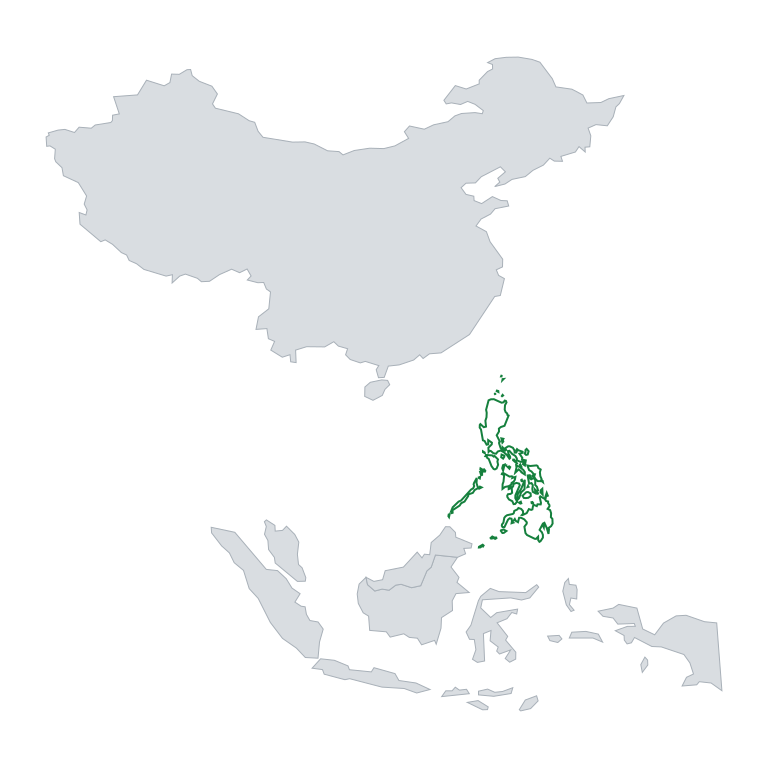 map of Philippines with Indonesia, China and Malaysia greyed out
{"feature_id": "PHL", "entity_name": "Philippines", "entity_type": "country or territory", "adm_level": 0, "iso_a3": "PHL", "parent_name": "Asia", "parent_adm1": "", "projection": "albers", "projection_center": [122.681, 12.951], "detail": "fine", "context": "with_neighbors", "style": "outline", "palette": "green", "viewbox_px": 768, "rotation_deg": 0, "n_neighbors": 3, "source": "natural_earth", "source_scale": "50m", "svg_char_len": 12211}
<svg xmlns="http://www.w3.org/2000/svg" viewBox="0 0 768 768"><path d="M716.7,622.9L721.9,690.7L711.1,683.0L699.3,681.7L696.7,684.8L682.1,686.0L686.5,677.3L693.5,674.0L689.9,662.9L683.9,654.5L661.3,646.9L651.9,646.5L634.5,637.5L631.4,642.8L627.1,643.9L624.3,640.1L624.1,635.5L615.3,630.7L627.3,626.4L635.3,626.3L634.3,623.5L617.8,624.1L613.1,618.0L603.0,616.3L598.1,611.2L613.1,608.1L618.7,604.4L636.9,608.1L642.7,629.0L654.7,634.8L663.5,623.1L676.1,615.9L686.1,615.3L704.5,621.7L716.7,622.9ZM536.6,695.8L538.1,700.9L530.6,708.6L520.7,710.9L519.3,709.7L525.3,700.0L536.6,695.8ZM642.3,672.4L640.8,664.6L644.9,657.1L647.6,660.1L647.8,665.0L642.3,672.4ZM457.5,557.3L451.0,567.0L459.0,577.4L457.0,582.4L469.2,592.5L456.0,593.6L452.2,600.8L452.5,610.5L441.5,617.6L441.0,628.2L436.2,644.2L434.6,640.4L421.6,644.8L417.4,638.2L409.3,637.4L403.8,633.8L390.2,637.1L386.3,631.8L369.7,630.4L368.6,616.1L363.2,612.8L358.3,603.4L357.2,594.0L359.1,584.1L366.0,577.3L367.5,584.6L374.8,591.0L382.1,589.1L389.1,590.2L395.8,585.1L401.2,584.3L411.6,587.7L420.7,585.7L426.9,570.9L431.2,567.2L435.4,555.0L457.5,557.3ZM585.8,631.4L598.3,634.1L602.6,642.1L592.9,638.0L569.3,638.0L571.8,632.2L585.8,631.4ZM557.8,642.5L549.9,640.6L547.6,636.1L559.1,635.4L561.9,638.9L557.8,642.5ZM568.4,578.5L569.3,584.4L575.9,585.2L577.1,589.6L576.7,599.0L570.9,598.0L569.4,604.6L574.1,610.2L571.0,611.5L566.3,604.8L562.8,591.2L564.8,582.5L568.4,578.5ZM499.0,591.6L525.8,592.6L536.7,584.7L538.7,587.1L529.8,597.9L521.5,600.0L510.7,597.9L482.4,599.8L480.7,607.9L490.7,617.5L496.7,612.7L517.6,609.1L516.7,614.0L511.8,612.5L507.0,618.7L497.1,622.8L507.7,636.4L505.6,640.1L515.8,652.2L515.7,659.1L509.7,662.2L505.2,658.5L510.7,649.9L499.5,654.0L496.7,651.1L498.2,647.0L490.1,640.8L491.0,630.5L483.4,633.6L484.6,661.0L477.4,662.4L472.5,659.3L475.9,649.7L474.3,639.5L469.5,639.3L466.1,632.0L470.9,625.2L478.4,600.7L480.8,596.3L490.3,588.4L499.0,591.6ZM482.6,709.8L467.3,702.4L478.1,700.6L488.2,706.9L487.5,709.6L482.6,709.8ZM494.8,692.3L502.5,691.5L512.8,687.7L511.1,693.5L493.8,696.3L478.5,694.9L478.5,691.2L487.6,689.1L494.8,692.3ZM459.4,690.1L466.5,689.3L469.3,693.7L441.7,696.6L445.8,690.8L452.1,690.8L455.3,687.2L459.4,690.1ZM348.0,665.9L349.4,669.7L371.3,671.9L374.0,667.7L395.0,673.6L398.9,680.5L416.0,683.0L430.0,689.5L416.7,693.0L404.2,688.5L381.9,687.1L349.7,678.7L344.9,679.7L324.2,674.2L322.5,669.6L312.1,668.2L320.6,658.8L334.4,660.3L348.0,665.9ZM305.1,606.8L306.4,614.3L309.9,620.5L318.1,622.0L323.2,629.1L319.5,642.0L318.0,658.2L305.3,657.5L296.4,648.1L282.5,638.4L270.3,622.4L258.2,598.4L249.2,588.6L243.5,570.4L234.2,562.7L229.4,552.9L221.7,546.0L211.6,532.9L211.2,527.3L234.8,532.3L266.3,569.4L277.5,570.6L286.2,578.7L292.0,588.1L300.1,593.7L294.9,602.1L301.1,606.2L305.1,606.8Z" fill="#d9dde1" stroke="#a8b0b8" stroke-width="1"/><path d="M373.0,400.3L364.7,396.4L364.9,387.0L370.3,382.3L381.7,379.9L387.6,380.4L389.7,384.7L385.0,389.3L382.3,395.4L373.0,400.3ZM112.4,120.6L112.6,115.2L119.3,113.9L113.6,96.7L137.5,94.9L146.5,80.2L164.2,85.8L169.9,82.6L171.6,74.1L179.3,74.3L187.0,69.7L190.6,69.5L192.2,75.7L199.3,81.3L211.9,86.2L217.4,94.0L212.5,103.9L215.4,108.2L238.5,113.8L249.1,120.7L254.7,122.3L258.1,131.3L263.0,137.3L292.5,142.1L305.0,141.9L314.2,144.0L327.6,150.8L339.0,151.6L343.0,154.9L354.3,150.5L369.7,148.2L383.8,148.6L394.9,145.9L408.6,138.4L404.4,131.7L409.5,126.0L424.3,129.2L433.7,124.8L448.0,121.7L454.9,115.9L461.5,113.5L475.0,112.6L482.3,113.7L483.3,110.6L475.0,104.3L467.7,101.4L460.5,104.5L451.5,102.9L446.2,103.9L443.9,100.3L455.3,85.6L466.2,89.0L479.2,83.9L479.2,80.2L487.5,71.6L492.6,69.0L492.5,64.5L487.6,62.6L495.1,58.7L506.3,57.3L518.3,57.1L531.9,59.4L539.9,62.2L552.3,78.7L555.9,86.9L571.9,89.2L582.9,95.0L586.9,103.0L600.9,102.5L608.8,98.7L623.9,95.5L619.4,103.6L615.9,106.9L613.2,116.8L607.3,125.8L596.0,124.6L588.1,128.1L590.8,135.8L589.8,146.8L585.0,147.2L585.2,152.0L579.0,146.6L575.4,152.0L560.9,156.4L562.5,161.3L554.3,161.1L549.8,158.2L543.4,165.1L533.0,170.3L525.3,176.6L512.0,179.4L505.0,184.0L494.7,186.6L499.8,182.1L497.8,178.3L505.4,171.8L500.4,166.8L481.3,176.7L475.4,182.9L466.0,183.2L461.1,187.7L466.0,194.4L473.8,196.2L474.1,200.6L481.6,203.6L492.4,196.6L500.9,200.5L507.2,200.8L508.7,206.0L495.1,208.7L490.5,214.1L481.1,219.0L476.0,226.0L486.4,231.7L490.1,241.8L502.7,259.2L502.5,266.9L496.3,269.8L498.6,275.4L504.4,278.6L500.3,295.5L494.7,296.5L469.5,334.5L441.0,352.9L429.5,353.8L423.1,358.5L419.7,354.8L413.7,360.0L399.2,364.9L388.3,366.1L384.2,377.4L378.5,377.7L376.2,369.7L378.8,365.6L365.3,361.4L360.3,362.9L350.2,359.5L345.6,354.8L347.6,348.7L338.4,346.1L333.8,341.7L324.7,346.9L306.6,346.7L295.6,350.1L296.1,362.6L290.7,361.8L290.0,354.7L282.3,357.2L270.8,350.1L274.6,341.4L268.4,338.7L266.9,328.6L256.0,329.4L258.5,316.8L268.8,308.8L270.5,291.9L266.4,289.0L263.7,282.5L257.8,282.7L247.3,280.0L251.1,276.0L247.1,269.0L239.6,272.7L231.6,269.2L219.5,274.6L209.5,281.3L201.4,281.7L197.4,278.3L185.4,274.1L179.7,276.1L172.1,283.0L172.4,274.7L166.1,276.1L143.9,269.4L136.5,263.7L129.2,260.5L126.6,255.0L121.4,252.6L112.5,244.3L105.2,239.9L100.8,241.7L80.0,224.2L79.2,212.5L85.9,215.0L87.1,209.9L84.2,204.1L86.6,196.0L78.3,182.6L63.4,175.7L62.0,167.7L55.8,161.8L54.6,158.7L55.3,149.2L50.0,145.9L46.7,146.3L46.1,137.0L49.2,135.3L48.3,132.9L58.1,130.1L64.9,129.4L74.5,132.5L79.1,127.2L91.3,128.2L95.2,125.0L110.8,122.5L112.4,120.6Z" fill="#d9dde1" stroke="#a8b0b8" stroke-width="1"/><path d="M264.4,521.7L266.4,519.9L274.9,525.4L275.2,531.1L282.5,530.4L286.5,526.2L294.8,534.5L298.8,542.1L297.4,554.3L298.5,564.5L302.1,567.8L305.8,577.6L305.3,581.2L297.4,581.4L275.2,563.0L274.4,557.4L268.6,549.6L267.9,540.5L264.5,534.3L266.3,526.5L264.4,521.7ZM457.5,557.3L435.4,555.0L431.2,567.2L426.9,570.9L420.7,585.7L411.6,587.7L401.2,584.3L395.8,585.1L389.1,590.2L382.1,589.1L374.8,591.0L367.5,584.6L366.0,577.3L373.9,581.4L382.6,579.7L385.2,570.7L403.4,567.1L417.2,552.1L422.0,557.9L424.4,554.2L429.7,554.7L431.2,542.5L439.8,535.1L445.5,526.7L449.9,526.8L455.4,532.4L455.8,537.2L472.0,543.8L471.1,548.0L463.8,548.4L465.6,553.8L457.5,557.3Z" fill="#d9dde1" stroke="#a8b0b8" stroke-width="1"/><path d="M493.9,399.2L501.6,402.7L503.6,402.3L504.7,400.6L505.9,400.9L506.5,402.4L505.0,405.2L504.7,409.6L505.6,412.1L507.2,413.5L507.4,414.9L508.6,415.5L504.5,425.8L500.9,427.0L498.9,428.6L499.0,431.5L496.7,435.3L499.9,441.7L499.1,442.3L499.1,443.4L500.6,448.0L502.1,449.6L505.3,450.6L506.1,449.9L505.2,448.2L508.2,446.3L509.7,446.3L512.9,447.8L514.4,450.3L514.7,452.6L516.1,452.6L516.8,451.6L516.4,450.1L517.0,449.1L518.2,450.2L522.3,451.6L522.7,452.0L522.2,452.9L519.5,453.7L522.3,457.8L522.0,459.6L525.8,460.4L524.9,465.5L523.0,464.2L523.7,461.7L520.3,461.8L516.9,460.3L516.8,458.4L515.4,456.0L512.2,454.0L509.4,450.8L508.0,451.1L508.4,453.6L510.1,456.5L510.2,458.0L509.4,458.7L507.0,455.1L503.8,452.2L500.7,450.5L497.8,451.5L496.1,453.7L493.5,453.3L490.8,451.0L489.6,450.8L488.6,451.9L488.4,447.7L491.7,444.4L491.9,442.7L488.2,440.1L488.2,444.4L486.6,444.7L484.6,441.0L482.9,440.3L481.0,429.5L479.7,427.6L479.8,424.9L480.4,424.1L483.8,427.2L486.0,426.6L485.4,420.7L486.5,417.3L486.7,412.7L486.1,409.8L488.6,400.3L490.9,399.3L493.9,399.2ZM546.1,501.0L548.1,501.5L548.1,503.1L549.4,505.0L549.5,506.2L547.6,508.9L550.1,510.1L551.1,513.2L550.9,517.2L552.4,518.9L552.6,523.6L551.1,526.2L548.5,528.0L549.0,529.3L548.5,533.9L546.8,528.1L544.4,522.8L542.9,523.6L539.6,529.9L541.9,532.3L542.9,534.9L542.9,537.6L540.6,541.1L539.4,541.8L538.2,540.1L538.1,536.7L536.0,538.9L534.8,538.8L527.0,535.0L525.5,533.1L524.4,526.7L526.7,523.7L526.8,522.3L524.2,519.3L520.9,517.7L519.1,517.8L518.0,522.2L515.7,520.8L514.8,519.0L513.6,520.7L512.0,520.9L511.5,518.7L509.6,518.3L508.0,519.7L504.4,527.2L502.5,527.0L501.8,525.8L502.0,524.4L503.4,522.7L504.3,517.8L505.5,516.3L507.1,515.2L512.7,514.0L513.7,513.3L514.3,510.9L517.4,509.4L518.4,508.0L521.1,508.9L522.9,510.9L523.2,513.6L521.9,515.0L522.4,515.1L526.7,513.1L528.9,509.1L531.2,509.9L532.4,509.4L533.0,506.0L533.9,504.9L536.8,506.1L537.5,504.3L540.7,504.4L541.0,503.0L539.7,497.3L540.3,496.3L544.7,498.9L546.1,501.0ZM515.1,504.0L513.6,504.1L512.3,501.2L509.0,499.5L507.4,497.1L507.2,495.7L508.0,494.2L510.6,493.9L512.1,492.8L511.7,488.2L513.2,486.1L513.5,484.0L516.4,482.9L519.1,483.6L519.8,485.2L515.4,495.3L515.3,498.1L517.1,501.7L515.1,504.0ZM537.5,465.9L538.4,468.1L540.7,469.5L539.9,472.2L540.3,476.1L541.6,479.1L541.2,480.0L542.6,480.8L542.9,482.1L541.8,481.2L537.6,481.1L535.4,478.9L534.1,476.6L534.9,474.3L533.8,474.2L531.5,471.5L529.1,470.1L527.4,465.5L530.3,466.0L536.5,465.4L537.5,465.9ZM503.3,473.0L509.5,476.6L511.9,476.3L512.9,477.0L512.5,477.9L515.4,476.9L514.9,479.6L513.8,481.5L511.6,482.9L511.2,484.7L508.6,486.2L505.1,486.9L502.5,488.9L502.6,484.2L503.5,481.7L504.1,475.7L503.7,474.8L501.8,474.1L502.1,473.4L503.3,473.0ZM459.6,505.6L451.2,511.1L452.7,507.3L458.6,501.6L461.1,500.5L471.0,489.6L473.2,488.3L474.2,486.0L473.6,484.3L474.1,482.8L476.3,478.8L476.8,479.2L476.5,483.1L478.1,488.1L474.7,490.0L472.8,492.9L468.3,494.4L468.2,496.0L464.5,501.6L461.2,503.2L459.6,505.6ZM486.1,455.0L492.2,455.4L493.7,456.6L494.6,456.0L498.0,459.4L497.4,461.5L498.1,464.8L496.6,468.5L494.9,469.4L493.6,469.0L491.5,466.1L488.7,458.9L487.2,457.9L486.7,456.4L485.4,456.2L486.1,455.0ZM527.9,476.9L531.2,479.3L533.1,478.3L534.3,478.6L535.3,480.4L535.2,485.0L536.9,486.7L538.0,490.3L536.7,490.7L536.7,491.6L535.0,489.6L535.5,493.3L532.8,491.8L532.3,488.9L532.8,485.1L531.5,483.1L529.1,483.6L527.9,476.9ZM519.0,498.3L517.3,500.1L517.1,499.4L517.8,494.1L521.3,488.6L524.8,479.8L524.5,489.3L521.2,492.3L519.0,498.3ZM530.8,496.0L528.3,497.8L525.8,498.1L523.8,497.9L522.5,495.8L526.3,492.2L528.0,492.0L530.6,493.4L530.8,496.0ZM519.6,466.9L523.3,469.9L524.8,472.1L524.8,474.5L521.4,472.3L521.5,471.8L518.7,469.4L515.3,472.6L516.5,467.5L516.2,465.4L519.6,466.9ZM528.6,451.2L527.7,454.5L526.1,454.9L524.6,453.5L525.5,452.1L525.5,450.0L526.6,448.9L528.6,451.2ZM503.8,532.9L502.4,533.0L500.8,530.8L501.0,530.3L503.5,529.5L506.4,531.0L503.8,532.9ZM482.8,469.8L484.1,469.3L485.3,470.8L485.0,471.6L481.8,471.6L480.3,469.5L480.5,468.4L482.8,469.8ZM501.6,454.6L504.3,455.7L504.3,456.8L503.1,458.6L501.2,457.2L501.6,454.6ZM492.3,536.5L494.2,537.5L496.2,537.5L496.4,538.2L495.1,538.9L494.3,538.1L491.1,538.6L490.6,538.0L492.3,536.5ZM542.6,494.5L540.5,492.3L540.8,490.2L542.3,488.8L542.6,494.5ZM504.6,464.6L503.1,470.6L502.2,468.2L503.0,465.2L504.6,464.6ZM483.6,545.5L483.0,546.5L482.2,546.0L480.4,547.4L478.9,547.5L479.0,546.8L482.7,544.7L483.6,545.5ZM503.4,438.8L502.8,440.0L503.3,441.5L502.4,442.6L501.4,438.4L503.4,438.8ZM509.9,488.6L508.7,489.1L508.7,487.1L510.5,485.6L510.9,486.6L509.9,488.6ZM482.1,474.9L481.1,475.1L480.2,472.2L482.1,472.6L482.1,474.9ZM530.8,477.3L529.5,477.4L528.2,475.4L529.8,475.2L530.8,477.3ZM510.2,467.1L509.4,468.7L507.5,466.8L509.4,466.4L510.2,467.1ZM546.6,496.1L545.9,495.3L546.7,492.9L547.8,495.7L546.6,496.1ZM514.1,459.6L517.6,464.1L513.1,460.2L513.2,459.6L514.1,459.6ZM481.6,487.4L479.3,488.6L479.0,487.5L479.9,486.6L481.6,487.4ZM520.8,501.7L521.3,503.3L520.3,503.6L519.0,502.6L520.8,501.7ZM520.3,464.4L521.9,467.8L519.9,464.8L520.3,464.4ZM449.6,514.3L449.0,517.1L448.4,516.2L448.7,514.5L449.6,514.3ZM533.2,503.1L532.9,503.7L531.7,503.2L531.5,502.2L532.4,502.0L533.2,503.1ZM544.0,525.0L543.8,527.5L542.9,525.7L543.2,524.4L544.0,525.0ZM484.7,452.5L484.8,453.2L483.0,452.1L483.0,451.4L484.7,452.5ZM537.6,492.4L538.3,494.4L536.6,491.9L537.6,492.4ZM503.1,395.5L501.4,396.7L502.6,394.9L503.1,395.5ZM502.6,447.3L504.9,449.7L502.6,448.1L502.6,447.3ZM498.3,391.0L498.4,392.0L496.7,391.1L496.9,390.6L498.3,391.0ZM480.1,476.9L479.8,478.5L478.7,477.9L478.7,477.4L480.1,476.9ZM511.8,522.0L513.1,522.7L511.6,523.2L511.8,522.0ZM533.5,476.2L533.3,476.7L532.7,476.3L532.1,474.9L533.5,476.2ZM521.8,479.7L522.4,481.1L521.6,481.1L521.2,480.1L521.8,479.7ZM452.6,512.8L451.9,513.0L451.8,511.6L452.6,511.9L452.6,512.8ZM545.7,498.0L545.1,497.7L545.6,496.2L545.9,497.0L545.7,498.0ZM495.1,393.0L495.4,394.8L494.8,393.9L495.1,393.0ZM503.6,379.0L502.4,380.2L502.6,379.1L503.6,379.0ZM501.7,374.9L501.5,376.4L501.1,376.4L501.7,374.9ZM528.5,486.8L527.5,487.1L528.0,486.0L528.5,486.8ZM506.1,465.3L505.8,466.3L506.0,465.3L506.1,465.3Z" fill="none" stroke="#15803d" stroke-width="2"/></svg>